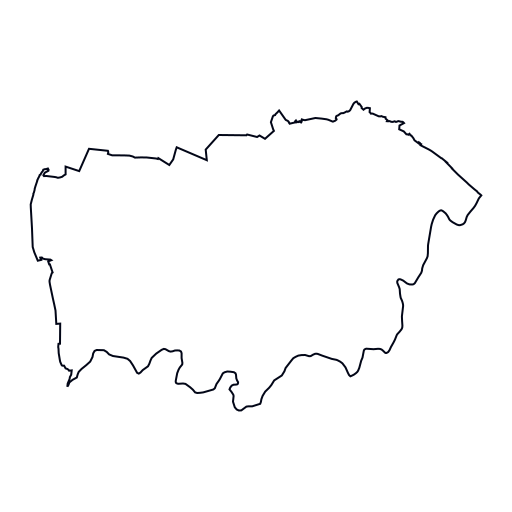 Huanímaro, Guanajuato, Mexico
{"feature_id": "50627088B31138177943412", "entity_name": "Huanímaro", "entity_type": "district", "adm_level": 2, "iso_a3": "MEX", "parent_name": "Mexico", "parent_adm1": "Guanajuato", "projection": "mercator", "projection_center": [-101.493, 20.365], "detail": "fine", "context": "isolated", "style": "outline", "palette": "ink", "viewbox_px": 512, "rotation_deg": 0, "n_neighbors": 0, "source": "geoboundaries", "source_scale": "gbopen_adm2", "svg_char_len": 6004}
<svg xmlns="http://www.w3.org/2000/svg" viewBox="0 0 512 512"><path d="M481.3,195.4L480.6,194.7L477.7,192.4L477.2,191.5L474.3,189.2L468.7,184.4L466.8,182.5L457.9,174.5L451.7,168.3L451.7,168.2L451.9,168.1L446.2,162.3L446.6,162.2L441.7,158.2L441.3,158.2L432.3,151.6L430.8,150.6L428.7,149.4L420.6,145.3L421.2,144.2L419.8,143.4L419.8,142.9L419.0,142.4L418.8,143.5L414.5,140.3L413.4,138.2L411.3,135.5L410.5,135.4L409.5,133.8L408.3,134.7L408.0,134.4L406.4,134.3L403.8,131.4L399.2,129.3L399.5,125.5L404.0,123.1L403.1,122.1L402.6,122.1L402.1,121.7L401.2,121.8L398.5,121.1L397.7,121.3L396.6,121.8L395.9,121.9L395.3,121.7L395.0,121.4L394.6,121.3L392.8,121.9L391.2,121.8L389.6,121.1L388.1,121.3L387.0,121.2L387.5,120.3L385.6,118.6L385.5,117.2L383.0,116.8L381.4,116.1L380.3,116.4L378.7,116.3L372.7,113.6L370.8,113.6L370.3,112.7L369.6,112.1L369.9,108.2L368.4,107.9L366.9,107.8L365.0,108.5L363.5,109.7L361.6,108.0L361.7,107.0L359.4,103.8L358.5,104.2L356.8,101.5L355.6,101.9L354.3,102.8L353.4,103.9L350.2,110.1L349.5,110.8L348.8,111.3L347.6,111.7L347.0,111.4L346.7,111.4L345.1,112.3L343.4,113.1L341.4,113.2L340.5,113.5L338.2,115.3L337.1,115.7L336.2,116.3L336.0,117.1L335.8,118.2L336.6,119.2L336.6,119.5L335.2,120.7L333.0,121.6L332.7,121.6L328.4,119.8L326.6,119.3L321.6,118.6L315.4,118.0L305.0,120.2L303.7,120.0L301.8,119.4L301.6,120.0L301.8,120.8L301.6,121.6L301.3,122.3L300.6,123.1L301.1,121.3L300.6,121.2L299.8,121.5L299.6,121.3L298.7,122.1L298.3,122.0L298.0,121.6L296.8,122.3L296.0,122.4L295.8,122.0L296.1,120.9L295.9,120.5L295.2,121.2L294.7,122.5L289.7,123.7L289.2,122.6L288.9,122.6L288.6,121.8L288.3,121.3L287.6,120.8L285.9,120.0L285.5,119.6L279.1,110.5L277.4,112.4L275.6,114.1L275.1,115.1L273.6,115.5L272.9,116.3L270.9,122.2L273.1,129.1L273.9,130.9L265.0,138.8L259.5,135.5L257.1,137.0L247.1,134.5L246.4,135.3L218.8,135.0L205.7,149.6L206.8,160.2L176.7,147.3L175.8,149.9L173.2,159.4L169.3,165.0L158.3,158.1L157.9,159.0L156.1,158.5L146.9,157.5L141.2,157.4L134.9,157.6L132.8,156.5L129.4,155.6L124.2,155.4L112.1,155.3L107.9,153.9L108.3,152.1L107.9,150.8L89.0,148.8L79.2,171.1L65.6,166.6L65.6,174.4L63.7,175.5L62.3,176.7L60.2,177.4L57.9,177.8L56.0,177.2L54.1,176.9L46.4,176.0L44.0,176.1L43.4,175.4L43.7,174.4L44.0,174.2L44.9,172.6L48.2,170.9L47.9,169.9L48.5,169.7L47.9,168.5L46.0,169.1L45.1,169.1L43.3,169.7L43.0,170.4L42.9,170.8L42.5,171.6L41.9,172.1L40.8,173.9L40.6,174.6L39.7,175.0L39.3,176.2L38.5,177.8L38.2,178.2L37.7,179.5L37.3,180.1L37.2,180.4L37.3,180.7L36.8,182.2L35.4,186.4L34.7,188.8L34.6,189.9L33.9,192.5L33.3,193.9L33.4,194.6L31.9,199.6L30.7,204.4L30.8,207.5L32.0,228.5L32.7,247.0L34.3,252.3L37.8,260.7L41.2,259.9L40.4,257.9L40.5,257.9L40.4,257.6L41.6,257.5L42.2,257.7L42.5,258.5L45.2,259.2L50.4,259.6L51.3,260.2L48.2,261.4L49.2,264.4L49.9,264.4L52.6,272.5L51.9,273.0L51.6,273.7L49.7,279.8L49.5,281.0L49.6,282.2L50.0,284.7L52.9,298.5L54.2,304.3L55.5,310.5L56.3,323.9L60.2,323.6L60.0,343.7L58.5,343.8L58.2,347.0L58.5,348.8L58.7,353.1L59.8,359.8L60.2,361.8L61.6,365.0L62.0,365.5L62.6,365.7L64.1,365.7L65.6,368.4L67.4,369.0L68.7,370.0L69.1,370.7L71.7,370.4L71.2,374.7L69.9,377.1L69.6,379.0L67.7,383.5L67.4,385.9L67.8,386.0L68.4,385.0L69.4,382.4L72.6,379.8L76.8,377.5L77.7,374.3L78.7,371.9L81.6,368.9L86.2,365.2L90.2,361.6L92.5,357.0L93.2,353.4L94.6,350.9L96.7,350.0L103.9,350.2L106.7,351.9L109.1,354.4L112.9,356.0L123.5,357.6L127.5,358.8L130.1,361.0L133.0,365.4L137.1,372.8L138.8,373.6L140.5,372.5L142.7,370.1L148.0,366.3L149.3,363.8L150.5,360.5L151.7,357.9L156.2,353.6L161.7,349.8L163.8,348.9L165.5,349.2L168.8,351.1L170.5,351.6L172.6,351.3L174.9,350.5L177.2,350.4L179.3,350.5L181.0,351.5L181.6,353.2L181.6,358.1L182.4,362.9L182.2,364.5L179.8,367.5L178.6,369.6L177.2,373.2L175.8,380.5L175.7,381.8L176.0,382.8L176.5,383.2L177.3,383.6L178.3,383.8L183.0,383.5L185.5,383.9L190.2,387.3L192.9,389.7L195.1,392.4L197.2,393.0L200.1,392.8L203.2,392.4L213.3,389.5L214.8,388.3L216.5,384.0L218.7,380.9L219.9,379.0L222.8,373.4L224.5,372.3L227.3,371.5L230.4,371.7L233.9,372.2L235.5,373.3L236.0,374.7L236.3,378.4L237.1,380.5L238.1,382.2L237.9,383.7L237.3,384.3L236.0,384.6L233.6,384.7L231.7,385.6L230.2,387.6L229.5,389.4L231.5,391.9L233.3,394.7L233.6,396.0L233.0,401.7L234.8,407.3L236.7,409.5L238.9,410.5L241.3,410.4L246.4,406.6L248.6,406.3L252.3,406.3L260.2,403.8L260.9,401.9L261.4,399.2L262.6,395.9L265.2,391.6L269.2,387.7L271.3,385.1L274.2,380.4L281.8,375.5L284.4,371.3L285.6,368.0L291.4,360.5L293.3,358.2L295.7,356.8L298.3,355.6L301.4,355.1L305.1,355.0L309.1,356.2L310.7,356.1L313.2,354.6L315.1,353.8L316.4,353.7L317.7,353.9L322.4,355.7L331.8,358.9L336.3,359.8L337.4,360.2L340.1,361.6L342.4,363.3L345.5,367.4L347.9,372.8L349.1,375.1L350.4,376.3L351.8,375.7L353.8,374.7L355.9,373.2L357.3,371.9L358.1,370.7L359.3,367.8L361.2,360.7L362.5,357.6L363.8,350.8L364.1,350.0L364.5,349.5L365.2,349.1L366.2,348.7L373.6,349.2L378.0,348.8L379.7,348.9L380.6,349.1L381.7,349.6L382.7,350.4L385.2,352.8L385.7,353.0L386.4,353.0L386.8,352.8L387.6,352.4L388.3,351.9L389.6,350.0L390.9,347.1L393.5,342.5L395.0,339.5L396.7,335.2L397.2,334.3L399.5,331.8L401.5,329.3L402.0,328.3L402.3,327.2L402.4,325.6L402.1,321.1L401.9,316.4L402.9,307.9L403.1,306.2L403.1,305.1L402.9,303.8L402.5,302.2L402.0,300.7L400.7,297.8L400.5,296.8L400.0,293.6L399.7,289.1L399.1,287.2L397.3,282.9L397.2,281.6L397.5,280.7L398.5,279.4L399.7,279.2L400.3,279.3L401.1,279.6L403.2,280.6L406.9,283.4L407.6,283.7L409.5,284.4L412.0,284.5L413.0,284.4L413.7,284.1L414.8,283.2L418.5,277.0L421.2,272.9L421.6,271.8L422.0,270.5L422.2,268.4L423.2,265.1L426.9,258.2L427.6,256.3L427.9,253.2L428.0,245.6L428.2,244.0L431.1,226.8L431.7,224.1L433.1,219.7L435.2,215.2L436.7,213.3L438.7,211.4L440.0,210.6L441.1,210.3L441.5,210.4L442.6,210.9L443.8,211.8L445.7,213.4L447.1,215.3L448.0,216.7L449.3,219.3L449.8,220.0L450.7,220.8L452.6,222.2L456.7,224.5L458.5,225.1L459.7,225.2L460.3,225.1L462.7,224.3L464.0,223.4L465.0,222.1L465.7,220.4L466.7,217.0L467.7,215.0L470.4,211.6L473.5,208.0L475.1,205.8L476.7,202.9L478.4,199.3L479.0,198.2L481.3,195.4Z" fill="none" stroke="#020617" stroke-width="2"/></svg>